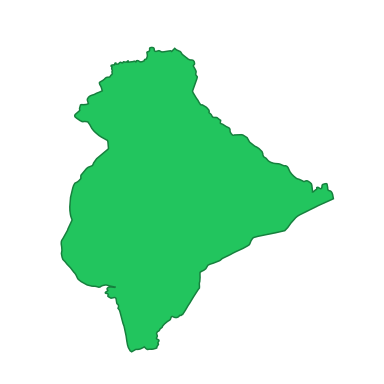 Da Huoai, Lâm Đồng, Vietnam (Natural Earth projection), rotated 81°
{"feature_id": "81297802B42288402015377", "entity_name": "Da Huoai", "entity_type": "district", "adm_level": 2, "iso_a3": "VNM", "parent_name": "Vietnam", "parent_adm1": "Lâm Đồng", "projection": "natural_earth1", "projection_center": [107.624, 11.452], "detail": "fine", "context": "isolated", "style": "filled", "palette": "green", "viewbox_px": 384, "rotation_deg": 81, "n_neighbors": 0, "source": "geoboundaries", "source_scale": "gbopen_adm2", "svg_char_len": 5950}
<svg xmlns="http://www.w3.org/2000/svg" viewBox="0 0 384 384"><g transform="rotate(81 192 192)"><path d="M289.4,201.2L288.0,199.7L286.5,199.4L284.3,199.2L283.1,199.0L281.5,198.3L277.6,197.4L274.5,197.0L272.9,196.7L272.5,196.5L271.8,194.7L271.1,192.5L270.0,190.4L267.7,188.5L266.9,187.8L266.6,187.2L266.1,185.4L265.6,182.0L264.2,175.7L263.8,174.7L262.4,172.5L259.7,163.6L259.0,161.8L258.0,158.7L255.7,150.5L253.9,145.5L253.0,143.6L251.9,142.8L249.5,141.4L247.6,139.7L247.1,139.1L246.6,138.2L246.1,133.7L245.2,113.7L244.7,106.4L242.1,103.0L238.2,99.2L233.6,93.6L232.4,91.6L231.4,89.2L225.0,68.8L220.8,53.4L216.6,53.5L214.9,53.8L213.9,54.2L213.1,54.7L212.4,55.6L212.1,56.5L211.1,57.4L210.6,57.5L208.7,57.3L205.4,57.4L205.0,57.6L204.7,58.2L204.7,59.7L204.9,61.1L205.0,61.6L205.3,62.0L205.6,62.4L207.7,63.0L208.5,63.4L208.8,63.8L208.9,64.3L208.8,64.7L207.1,66.8L207.0,67.7L207.2,68.1L208.3,68.2L208.8,68.5L209.3,69.8L210.8,72.2L210.8,73.0L209.6,72.8L204.1,72.6L202.6,72.8L201.2,73.8L199.7,75.4L198.9,76.6L198.8,77.6L199.2,79.6L199.1,80.1L197.8,81.8L196.1,84.4L195.4,86.0L194.6,87.0L192.2,89.1L189.8,90.8L187.3,92.1L183.0,93.3L181.9,93.9L181.3,94.5L181.0,95.0L180.7,95.6L180.6,96.7L180.2,97.6L178.6,100.1L178.0,101.2L177.6,102.3L176.9,105.2L176.4,106.9L175.0,109.6L173.8,111.1L173.0,111.9L170.2,113.6L168.8,115.3L168.2,115.7L167.4,116.0L166.2,116.2L165.1,116.1L163.1,116.5L159.5,119.1L157.8,121.0L156.6,122.8L151.7,127.3L146.9,129.1L143.6,132.9L143.1,134.4L142.3,141.2L142.5,142.2L142.3,142.8L142.1,143.1L140.6,144.1L139.0,144.8L137.7,144.9L136.0,144.7L135.1,145.0L134.4,145.5L132.6,148.1L129.9,151.1L128.9,152.9L128.3,153.3L125.7,152.5L124.5,153.8L122.5,155.6L122.3,155.9L122.1,156.7L121.8,158.7L121.2,159.9L120.1,160.4L118.8,160.8L117.6,161.6L116.4,162.7L116.1,162.8L115.1,162.4L114.5,162.4L113.6,162.6L111.6,163.8L110.5,164.6L109.4,165.9L107.6,168.1L107.4,169.4L106.6,170.1L104.7,171.0L102.4,171.8L99.8,173.1L93.8,175.5L92.4,175.7L81.0,169.5L79.3,168.8L78.9,168.8L77.5,169.6L76.7,169.9L75.7,169.8L74.9,169.4L73.6,169.1L72.6,169.3L71.5,169.6L68.1,170.9L67.2,170.8L66.4,169.8L65.9,169.4L64.3,169.4L63.5,169.5L62.8,169.9L62.2,170.3L61.8,171.0L61.5,172.0L61.3,173.1L61.0,173.7L60.2,174.9L55.3,179.4L54.2,180.3L52.2,181.1L51.3,181.8L49.1,185.2L47.4,186.6L50.0,190.1L49.5,190.5L49.2,190.9L49.1,193.2L49.1,198.5L49.0,199.4L48.8,200.2L47.4,202.1L47.2,202.7L47.5,205.5L47.4,206.1L47.2,206.4L46.8,206.9L46.3,207.0L44.4,207.0L43.7,207.3L43.4,207.7L42.9,209.0L42.9,210.0L43.0,210.8L43.2,211.2L43.9,211.5L45.1,211.6L45.8,211.9L46.4,212.8L46.6,213.3L46.6,214.2L47.1,214.7L49.6,214.7L51.0,214.9L53.1,216.0L53.7,216.9L53.7,217.9L53.9,218.2L54.8,218.6L55.1,219.4L55.5,220.9L55.5,222.4L55.0,223.4L54.1,224.3L53.8,225.0L53.6,225.6L53.7,226.3L53.9,226.6L54.5,226.7L54.7,227.0L54.7,227.3L53.8,228.4L53.8,229.0L54.0,229.6L53.8,234.9L53.5,234.9L52.9,234.5L52.6,234.5L52.5,235.0L53.2,236.0L53.4,236.8L53.1,238.2L52.7,238.9L52.7,239.3L52.9,239.6L53.5,240.1L53.6,240.6L53.5,241.0L52.7,242.2L52.7,242.5L52.9,243.2L53.9,244.5L54.0,244.9L54.0,246.3L53.9,246.7L53.7,246.9L52.7,247.0L52.6,247.3L52.8,248.0L53.5,248.2L54.2,248.7L54.1,250.9L54.3,252.0L54.8,252.2L55.2,252.2L55.7,251.5L55.9,251.4L56.7,251.8L57.5,252.0L58.1,252.0L59.2,251.7L59.8,251.7L60.2,252.0L60.9,252.3L62.7,252.2L63.7,253.1L64.0,253.9L65.4,255.0L65.6,256.0L65.4,257.5L65.5,258.8L66.2,260.1L66.9,260.9L67.8,262.6L69.2,266.1L69.7,266.4L70.6,266.4L71.6,266.2L73.4,265.5L74.7,265.2L78.0,264.8L79.0,268.3L79.5,270.8L80.4,273.4L80.7,275.6L81.0,277.0L81.4,278.1L82.2,279.4L83.7,280.7L84.2,280.9L85.0,281.0L88.5,280.5L89.0,282.4L88.8,285.6L88.4,287.4L88.4,287.9L88.6,288.5L91.8,290.0L93.9,290.1L97.2,295.3L98.2,295.9L98.9,295.9L99.6,295.7L101.3,294.2L104.0,291.3L105.3,289.5L105.5,288.4L105.5,287.2L105.8,286.0L106.4,284.0L109.3,282.5L113.5,281.0L116.2,279.5L118.1,278.1L121.7,275.0L123.5,273.0L127.8,267.5L129.1,267.2L136.0,267.7L136.7,268.5L144.2,281.0L145.8,282.6L148.0,284.7L149.3,285.4L150.2,286.2L150.5,286.8L151.3,290.6L152.3,292.5L158.0,299.0L158.9,299.3L161.4,299.7L163.2,302.0L164.1,303.6L165.0,306.3L167.0,307.9L169.3,309.1L178.3,312.8L187.5,315.0L191.3,315.5L195.2,315.6L197.0,315.5L200.9,314.8L209.2,320.4L210.3,320.9L217.7,326.7L219.5,328.3L220.8,328.9L222.9,329.3L225.8,329.3L229.3,329.6L232.3,330.6L233.9,330.6L236.2,330.5L238.4,330.1L241.1,328.2L243.8,326.7L247.8,323.9L252.8,321.2L253.6,320.6L255.4,319.7L259.8,318.4L260.7,317.8L263.2,315.5L267.4,310.1L269.4,305.4L270.0,302.3L270.5,301.0L271.4,299.1L271.5,298.0L271.4,297.5L270.8,296.4L270.4,294.8L270.3,291.9L270.4,291.2L272.2,287.3L273.8,282.8L274.1,282.9L274.2,283.1L273.0,287.4L273.0,288.7L273.2,289.7L273.5,290.3L274.0,290.9L274.3,291.0L275.0,291.0L275.8,290.6L276.1,290.5L276.4,290.7L277.3,292.8L277.6,293.2L278.1,293.4L278.6,293.0L279.1,291.5L279.7,290.9L280.0,290.8L281.4,291.3L281.8,291.4L282.5,290.8L283.9,289.0L284.2,288.6L284.2,288.2L284.1,285.6L284.1,285.0L284.3,284.5L284.6,284.1L285.3,283.7L289.9,283.7L290.7,283.5L291.7,282.6L293.0,282.4L294.1,282.6L295.2,283.3L297.2,282.2L298.8,281.9L311.0,280.7L314.0,280.1L323.9,279.6L329.0,279.7L333.0,279.6L335.7,279.2L339.2,277.9L340.4,276.6L338.8,272.5L338.7,271.9L339.0,270.2L339.0,268.6L338.9,267.5L338.0,264.5L337.5,263.4L339.4,262.0L340.0,261.4L340.6,260.6L340.6,258.6L341.0,256.4L341.1,255.1L340.8,252.4L340.6,251.5L340.5,251.2L339.2,250.8L337.3,249.0L336.6,249.0L336.0,249.4L335.4,249.2L333.9,247.9L333.1,247.9L332.5,248.5L331.8,249.6L331.2,250.0L330.6,249.9L329.4,249.0L329.0,248.8L328.1,248.8L326.9,249.1L326.1,249.1L324.9,248.3L324.5,247.9L324.2,246.8L324.0,246.4L323.1,245.5L322.6,245.3L322.0,244.5L321.0,242.7L319.7,241.9L318.0,239.8L316.1,236.6L315.2,234.5L314.6,233.4L313.6,232.8L312.8,232.5L311.9,231.6L311.8,230.9L313.0,229.1L313.5,227.7L313.6,226.7L313.4,225.6L313.1,224.8L312.6,224.1L312.1,223.8L311.9,223.5L312.2,222.5L312.2,222.1L311.5,221.2L311.6,220.5L307.7,217.0L303.4,213.5L301.6,211.8L296.0,207.1L289.4,201.2Z" fill="#22c55e" stroke="#15803d" stroke-width="1.5"/></g></svg>